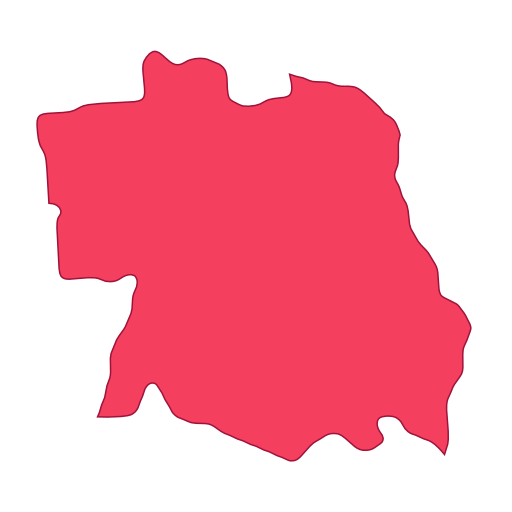 Guerra, Santo Domingo, Dominican Republic (Mercator projection), rotated 86°
{"feature_id": "3306468B94493131963400", "entity_name": "Guerra", "entity_type": "district", "adm_level": 2, "iso_a3": "DOM", "parent_name": "Dominican Republic", "parent_adm1": "Santo Domingo", "projection": "mercator", "projection_center": [-69.659, 18.576], "detail": "fine", "context": "isolated", "style": "filled", "palette": "rose", "viewbox_px": 512, "rotation_deg": 86, "n_neighbors": 0, "source": "geoboundaries", "source_scale": "gbopen_adm2", "svg_char_len": 4206}
<svg xmlns="http://www.w3.org/2000/svg" viewBox="0 0 512 512"><g transform="rotate(86 256 256)"><path d="M145.3,103.8L141.3,104.6L134.8,106.7L132.1,107.9L129.8,109.4L126.9,112.3L123.2,117.5L122.3,118.3L116.5,122.2L111.8,126.3L101.2,136.5L97.9,140.1L96.0,142.6L94.5,145.4L93.7,148.3L93.2,151.4L92.6,159.0L92.0,161.9L91.1,164.7L88.7,169.7L87.8,172.4L87.3,175.4L86.3,184.5L85.8,187.5L84.8,190.3L81.7,196.5L79.5,203.7L77.0,209.8L85.1,208.7L88.5,208.5L91.8,208.6L94.8,209.3L96.2,210.0L97.5,210.9L98.4,212.1L99.0,213.5L99.7,216.3L100.2,227.4L100.9,232.2L101.8,235.0L104.7,241.4L105.8,246.3L106.1,253.0L105.5,258.1L105.0,259.7L103.8,262.2L100.4,267.9L98.8,270.0L97.8,270.9L96.5,271.7L95.1,272.2L92.0,272.7L87.0,272.9L76.6,272.6L73.2,272.8L69.9,273.4L68.3,274.0L65.9,275.4L63.8,277.3L62.0,279.5L56.4,290.8L55.5,293.7L54.9,298.2L54.9,302.9L55.6,307.4L56.4,310.3L58.6,315.1L59.5,317.6L59.8,320.5L59.3,323.4L57.9,326.1L56.0,328.6L48.2,336.4L46.3,338.7L45.1,341.3L44.8,342.8L44.9,344.2L45.4,345.6L46.8,348.1L49.9,351.3L53.7,354.0L56.8,355.2L60.2,355.7L63.6,355.9L80.8,355.5L85.6,355.7L88.5,356.4L89.9,357.0L91.1,358.0L92.1,359.2L93.1,362.1L93.6,366.8L93.0,400.4L93.4,412.7L94.2,417.7L95.2,420.6L98.0,426.9L99.1,431.8L99.4,438.6L99.2,454.0L99.6,458.6L100.6,461.5L101.6,462.7L102.8,463.7L105.7,464.8L110.4,465.3L117.3,465.3L124.2,464.9L127.6,464.3L130.9,463.5L137.2,460.6L140.0,459.6L143.3,459.0L146.6,458.7L155.2,458.5L189.0,458.9L189.8,454.7L190.3,453.4L191.6,451.1L193.5,449.2L194.5,448.5L197.0,447.6L198.2,447.5L200.5,448.1L203.8,450.5L206.2,451.5L209.2,452.1L214.2,452.6L254.9,453.3L259.6,452.9L262.5,451.9L263.7,450.9L264.6,449.7L265.3,448.3L265.7,446.9L266.1,443.9L265.9,425.2L266.5,418.4L267.3,415.2L270.7,407.7L271.4,403.3L271.4,400.3L270.9,397.3L269.9,394.6L267.4,389.9L266.4,387.3L265.9,384.6L265.9,381.9L266.8,379.3L267.6,378.1L268.8,377.3L271.4,376.4L274.1,376.3L278.2,377.2L284.3,380.3L287.1,381.4L290.3,382.1L300.3,383.4L304.8,384.8L317.7,391.4L320.2,393.2L326.3,398.3L330.1,401.0L343.0,407.3L347.8,408.4L361.0,409.1L364.3,409.5L367.4,410.3L375.0,413.7L386.6,416.8L394.1,420.5L401.1,423.1L405.4,425.3L406.3,415.3L406.7,401.8L406.3,395.2L405.7,392.0L405.1,390.5L404.4,389.3L402.7,387.0L400.5,385.2L399.3,384.4L392.8,381.5L387.8,378.9L381.2,376.2L379.0,374.7L377.1,372.9L376.4,371.8L375.8,370.6L375.5,369.2L375.5,367.8L375.8,366.5L376.4,365.3L377.3,364.3L378.3,363.6L386.2,359.3L393.0,356.7L400.5,352.8L405.8,350.5L407.0,349.7L409.1,347.9L411.0,345.8L411.7,344.6L414.2,339.4L416.7,334.5L417.8,331.9L418.7,327.4L419.6,318.3L420.2,315.3L420.7,313.9L421.4,312.4L423.1,309.7L428.2,303.5L430.6,299.9L433.1,294.6L437.2,287.3L439.5,281.8L443.6,274.5L445.8,269.1L450.0,261.8L452.3,256.3L456.5,249.1L458.9,243.7L461.5,239.0L462.6,236.5L462.8,235.1L462.8,232.1L461.9,229.3L461.1,228.0L459.3,225.6L449.5,215.5L446.6,211.9L445.1,209.2L443.2,205.2L439.9,199.1L438.9,196.4L438.4,193.4L438.5,190.3L439.0,187.3L439.5,185.8L441.0,183.2L444.0,179.7L452.9,170.9L454.8,168.5L456.3,165.8L457.2,162.9L457.5,159.8L457.4,156.7L456.7,153.7L455.5,151.1L452.2,145.6L450.7,143.5L449.6,142.7L448.4,142.2L447.1,141.9L445.8,142.0L443.4,142.7L439.1,145.2L436.6,146.2L433.9,146.8L432.5,146.9L429.7,146.5L428.4,146.0L427.2,145.2L426.2,144.1L425.6,142.8L425.2,141.5L424.8,137.2L425.0,134.2L425.5,131.2L426.5,128.3L427.3,127.1L429.1,124.9L431.3,123.1L438.7,119.3L441.8,116.6L443.5,114.4L444.2,113.1L445.9,109.1L449.9,101.8L452.2,96.4L453.7,94.0L456.4,90.7L459.6,87.7L463.2,84.7L467.2,81.8L457.1,77.9L452.4,77.0L444.2,76.5L422.7,76.6L417.9,76.2L414.7,75.6L411.9,74.6L405.8,71.3L400.5,68.7L397.9,67.0L390.6,61.0L388.0,59.2L386.6,58.6L385.0,58.0L381.8,57.4L368.6,56.6L363.7,55.9L360.8,54.8L354.7,51.5L346.0,47.6L343.7,46.8L342.4,46.7L341.2,46.8L338.8,47.4L330.0,51.1L327.5,52.4L319.6,57.5L317.8,59.4L310.4,71.7L308.7,73.7L307.5,74.5L304.8,75.4L301.8,75.8L285.4,75.8L282.2,76.1L279.1,76.9L276.5,78.0L264.9,83.9L262.4,85.7L256.3,90.8L252.5,93.4L239.6,99.6L234.9,100.6L221.6,101.1L216.7,101.8L213.8,102.7L208.9,105.1L206.2,106.2L197.5,108.2L194.8,109.2L191.2,110.9L188.7,111.8L185.9,112.1L184.4,112.0L181.7,111.3L175.6,108.5L172.6,107.7L167.7,107.1L154.4,106.2L151.2,105.6L145.3,103.8Z" fill="#f43f5e" stroke="#9f1239" stroke-width="1.5"/></g></svg>